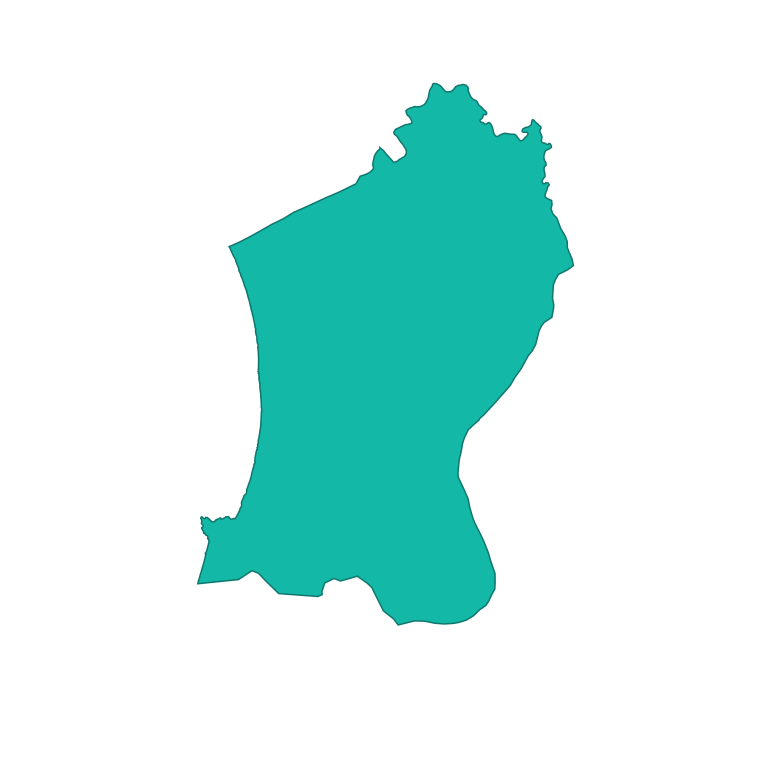 outline of Kota Singkawang, Kalimantan Barat, Indonesia, rotated 334°
{"feature_id": "22746128B18670307275317", "entity_name": "Kota Singkawang", "entity_type": "district", "adm_level": 2, "iso_a3": "IDN", "parent_name": "Indonesia", "parent_adm1": "Kalimantan Barat", "projection": "natural_earth1", "projection_center": [108.996, 0.891], "detail": "fine", "context": "isolated", "style": "filled", "palette": "teal", "viewbox_px": 768, "rotation_deg": 334, "n_neighbors": 0, "source": "geoboundaries", "source_scale": "gbopen_adm2", "svg_char_len": 6171}
<svg xmlns="http://www.w3.org/2000/svg" viewBox="0 0 768 768"><g transform="rotate(334 384 384)"><path d="M637.9,240.1L636.5,240.5L635.6,240.2L634.1,238.0L632.3,236.8L631.9,235.6L631.9,234.6L634.3,231.3L634.6,229.0L634.6,226.2L635.4,224.1L637.3,222.9L637.7,221.1L636.6,219.5L636.3,217.7L635.3,216.0L634.4,212.8L633.7,211.7L632.9,211.7L631.3,213.4L630.7,214.7L629.8,215.7L626.4,216.3L625.1,216.0L624.1,215.5L621.1,215.6L620.3,215.8L619.0,217.2L619.0,218.1L619.7,218.9L623.1,220.6L623.2,221.8L622.7,222.8L621.3,223.7L618.6,224.4L616.2,225.5L615.1,225.8L613.9,225.4L613.1,224.8L612.3,222.6L611.8,218.5L611.2,217.4L610.2,216.4L606.8,214.7L604.1,212.7L602.0,211.4L597.8,211.0L595.4,211.3L594.6,211.3L594.0,211.1L593.3,210.4L592.5,208.1L592.9,204.9L593.5,203.1L593.9,200.1L594.0,197.6L593.8,196.5L593.0,195.0L591.7,194.8L590.2,195.2L588.4,194.8L588.1,193.5L587.6,192.5L585.9,191.0L585.5,190.1L585.7,189.1L586.3,188.8L589.0,188.1L590.1,187.1L591.0,185.8L592.3,185.7L593.3,186.6L594.7,186.2L595.2,184.9L594.9,183.1L594.2,182.4L593.5,180.1L593.4,179.2L592.5,176.9L591.6,175.3L591.4,173.8L591.4,171.0L591.1,170.0L588.7,166.8L588.2,165.4L587.9,163.3L588.1,158.2L588.5,156.6L589.3,155.5L589.5,153.7L588.6,151.3L585.9,149.2L583.8,149.0L581.7,148.2L578.7,148.2L575.8,149.7L574.0,150.3L572.0,150.4L568.7,149.2L567.5,148.0L566.6,145.1L565.8,141.9L565.0,139.9L562.5,136.8L560.4,135.7L559.1,135.9L558.2,137.2L554.0,139.9L552.5,141.7L549.2,146.2L544.6,149.8L541.9,150.6L539.2,150.6L536.9,150.1L535.1,149.3L533.2,148.0L531.0,147.9L528.5,147.4L527.0,147.4L524.7,147.6L523.4,148.2L522.9,150.5L522.8,151.7L523.1,153.1L523.7,154.2L524.3,157.1L524.2,159.1L523.8,161.0L522.9,161.7L521.6,161.7L520.5,161.3L518.9,161.0L517.6,160.5L516.4,160.3L505.9,160.2L503.2,161.9L502.8,163.5L503.2,164.9L504.2,167.1L504.6,168.6L504.7,170.9L505.0,173.6L505.9,176.8L506.5,182.4L506.1,184.6L505.3,186.2L503.9,187.4L501.9,188.6L496.0,188.9L494.6,189.4L493.4,189.6L490.2,189.2L489.4,187.8L489.2,186.4L487.1,179.4L485.8,173.8L483.9,169.8L483.6,170.7L482.2,171.3L480.7,171.6L477.7,173.2L475.1,175.2L470.9,180.5L469.7,182.8L469.5,185.1L468.7,185.9L465.3,187.3L462.6,187.6L459.4,187.6L453.6,186.8L446.6,191.8L427.0,191.8L413.2,191.1L389.9,190.6L378.2,190.1L365.9,191.3L353.6,191.3L329.5,192.8L314.8,193.1L305.0,192.6L305.0,193.2L305.3,193.6L305.1,194.4L304.8,203.1L305.2,207.0L304.6,208.7L304.1,216.2L303.2,218.9L303.3,221.6L302.8,224.3L302.8,226.5L302.2,232.0L301.6,234.9L301.7,235.7L301.3,238.9L301.4,240.1L300.8,241.1L300.7,242.9L299.8,246.9L299.5,249.3L298.5,254.2L298.1,254.7L298.1,255.2L298.4,255.7L298.4,256.0L297.6,257.0L297.6,258.2L297.1,259.3L296.9,261.5L296.1,264.4L295.9,266.3L295.3,268.0L293.9,273.9L293.6,274.4L292.9,277.2L292.8,278.8L291.8,279.7L290.7,283.5L290.5,285.5L289.9,287.3L289.5,287.6L288.1,291.7L288.1,293.1L287.7,294.9L286.9,295.2L284.7,300.9L282.2,306.7L278.5,314.0L277.4,315.8L276.9,317.1L276.2,317.6L276.4,318.5L275.7,319.3L276.2,320.2L275.8,320.5L275.0,322.0L274.9,323.4L274.6,323.6L274.3,323.6L273.7,324.9L273.3,326.3L273.2,327.2L272.6,328.3L272.5,329.7L271.8,330.8L271.2,332.1L269.5,336.6L269.3,337.7L267.4,342.1L267.3,343.0L266.8,343.6L265.6,346.8L263.5,351.1L263.4,352.1L263.0,352.8L262.7,354.0L262.2,354.5L262.1,355.0L261.6,355.2L261.5,355.8L260.8,356.5L260.5,357.7L259.9,358.3L257.6,362.7L254.7,367.8L248.3,377.1L246.4,379.4L245.7,380.5L244.9,382.4L244.7,382.6L244.3,382.5L243.8,383.2L243.2,384.8L242.6,385.3L242.2,385.3L241.9,385.7L241.8,386.7L241.3,387.6L241.1,387.7L240.7,387.4L236.1,393.2L235.2,394.8L234.8,395.7L234.0,396.7L233.5,398.5L232.8,398.9L232.0,399.0L231.6,400.0L226.2,406.1L224.2,408.8L221.3,412.0L216.5,416.6L215.7,417.6L214.7,418.3L214.5,418.9L213.9,419.5L212.9,421.3L211.6,422.4L209.8,422.7L208.7,423.4L207.7,424.6L204.2,427.7L203.6,428.5L203.2,430.1L201.9,431.8L200.5,432.5L199.0,434.1L196.6,436.1L192.9,438.8L190.9,439.8L190.4,439.6L190.0,439.0L188.6,438.9L187.3,438.4L186.6,437.4L186.3,436.6L186.4,435.7L186.2,435.4L185.7,434.8L184.3,434.5L183.6,434.0L182.8,434.3L179.5,434.6L178.8,434.3L178.5,434.0L178.5,432.8L177.8,432.6L175.1,432.6L173.5,432.3L173.2,432.8L171.9,433.0L171.6,433.4L170.5,433.2L169.5,432.7L168.6,432.0L168.5,431.1L168.0,430.2L167.9,429.1L167.6,428.9L166.7,426.6L165.4,425.8L164.8,426.4L163.8,426.3L162.8,425.4L162.2,423.6L161.7,423.4L161.1,423.6L160.4,424.4L160.6,425.7L160.3,426.5L160.3,427.3L158.7,429.4L158.8,430.4L159.4,431.3L159.5,432.1L158.8,432.9L157.4,433.0L156.9,433.4L156.8,433.8L156.9,436.0L157.1,437.0L157.0,438.0L156.6,438.6L156.6,439.1L157.5,439.4L157.4,440.8L157.8,442.0L158.9,443.0L158.8,443.6L158.3,445.0L157.7,445.6L157.7,445.9L158.2,446.3L157.9,448.4L156.4,450.5L151.4,456.4L149.9,457.7L149.2,457.7L149.1,458.3L149.4,458.9L148.5,459.7L147.7,460.9L143.6,465.8L139.3,470.4L137.3,472.8L135.9,474.1L132.4,478.2L130.7,479.8L129.1,481.9L167.5,496.0L183.6,493.9L188.2,499.1L191.4,509.2L197.5,526.2L231.4,546.0L236.1,546.2L237.2,543.3L243.5,536.9L253.8,536.9L258.5,541.9L265.1,543.2L275.7,545.0L281.5,555.4L283.8,561.4L284.0,587.6L289.7,599.5L291.1,606.8L307.6,610.3L316.6,615.0L325.1,621.5L333.0,626.1L341.5,629.6L347.1,631.2L354.8,632.3L363.0,631.5L371.2,628.8L378.5,627.7L383.4,624.7L389.0,620.1L393.7,616.9L396.7,611.4L400.7,603.0L402.4,589.2L403.8,581.4L404.7,569.7L404.9,558.3L404.7,553.5L404.7,547.8L405.2,542.6L407.1,532.0L409.2,524.5L409.6,516.3L409.9,500.1L411.7,496.0L418.5,484.9L423.0,479.5L428.8,471.6L432.4,467.8L439.5,462.2L444.5,460.5L453.4,458.1L455.2,456.8L460.3,455.5L477.6,448.7L497.1,440.5L503.9,435.8L514.1,430.3L525.9,421.9L531.6,419.3L537.5,415.1L546.6,404.3L550.6,401.1L555.0,398.8L564.0,397.7L569.0,391.2L571.3,387.2L573.1,380.7L579.7,369.1L584.0,365.2L588.8,362.0L599.7,361.8L606.2,360.5L607.8,354.2L608.1,347.9L608.5,342.1L611.2,336.0L611.7,330.8L611.0,321.6L612.1,310.8L610.3,304.8L611.0,299.5L613.7,296.4L615.1,292.5L612.1,289.0L611.0,286.7L611.5,284.6L615.5,281.0L617.4,278.6L619.8,277.6L619.6,275.2L617.6,274.0L616.3,274.6L614.6,273.2L615.0,270.7L617.6,269.1L619.6,268.1L620.7,265.9L621.9,261.1L623.4,259.1L625.7,258.3L626.4,256.3L626.2,252.9L627.4,249.5L630.0,246.3L631.6,245.1L635.4,245.1L638.2,244.7L638.9,243.1L638.5,240.7L637.9,240.1Z" fill="#14b8a6" stroke="#0f766e" stroke-width="1.5"/></g></svg>